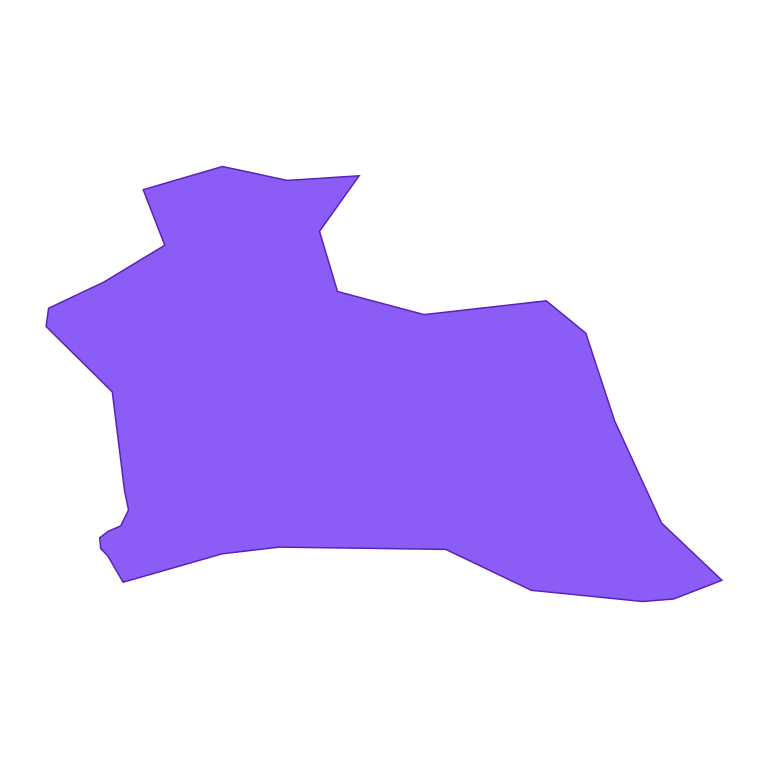 outline of Jaunpils
{"feature_id": "LVA-5763", "entity_name": "Jaunpils", "entity_type": "Municipality", "adm_level": 1, "iso_a3": "LVA", "parent_name": "Latvia", "parent_adm1": "", "projection": "natural_earth1", "projection_center": [22.921, 56.775], "detail": "fine", "context": "isolated", "style": "filled", "palette": "violet", "viewbox_px": 768, "rotation_deg": 0, "n_neighbors": 0, "source": "natural_earth", "source_scale": "10m", "svg_char_len": 513}
<svg xmlns="http://www.w3.org/2000/svg" viewBox="0 0 768 768"><path d="M642.6,601.5L531.3,590.3L445.7,549.4L279.0,547.1L222.2,553.8L123.1,582.2L107.8,555.9L100.7,548.6L99.7,537.7L108.8,531.0L120.7,525.9L128.5,510.0L124.4,489.8L112.3,391.9L46.1,326.5L48.6,308.2L103.6,282.2L164.8,245.2L143.2,189.7L222.4,166.5L287.1,180.4L359.1,175.8L319.5,231.3L337.5,291.5L423.9,314.6L546.2,300.8L585.8,333.2L614.7,421.1L661.5,523.0L721.9,580.3L673.5,599.0L642.6,601.5Z" fill="#8b5cf6" stroke="#5b21b6" stroke-width="1.5"/></svg>